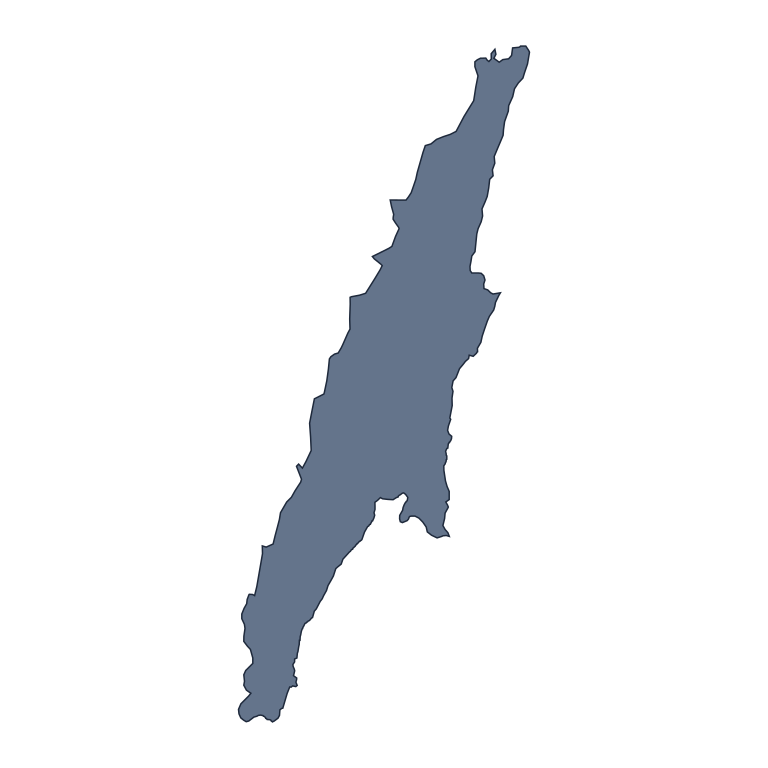 the district of Tamu, Sagaing, Myanmar
{"feature_id": "60261553B38505178364809", "entity_name": "Tamu", "entity_type": "district", "adm_level": 2, "iso_a3": "MMR", "parent_name": "Myanmar", "parent_adm1": "Sagaing", "projection": "orthographic", "projection_center": [94.38, 24.188], "detail": "fine", "context": "isolated", "style": "filled", "palette": "slate", "viewbox_px": 768, "rotation_deg": 0, "n_neighbors": 0, "source": "geoboundaries", "source_scale": "gbopen_adm2", "svg_char_len": 4840}
<svg xmlns="http://www.w3.org/2000/svg" viewBox="0 0 768 768"><path d="M240.8,717.9L243.7,720.2L246.2,721.7L248.8,721.0L253.9,717.1L257.0,716.2L258.3,715.4L260.6,715.1L263.1,715.6L263.4,716.2L264.2,716.4L265.4,717.5L265.7,718.4L266.5,718.6L267.1,719.5L269.9,719.7L271.0,720.3L271.3,721.1L272.1,721.4L272.4,721.9L274.1,721.1L278.0,718.2L279.5,715.4L279.9,709.9L281.7,708.4L282.8,708.2L286.1,697.0L287.2,693.3L289.7,687.0L291.2,687.1L292.6,685.9L295.8,686.6L297.2,685.4L295.9,682.2L296.6,679.6L296.7,678.0L293.5,675.7L293.9,674.1L294.7,670.8L294.3,669.2L293.1,666.3L292.9,664.5L294.6,661.9L294.6,659.0L296.9,658.0L297.4,653.0L297.9,651.8L298.7,646.8L299.2,644.5L299.4,640.3L300.0,640.3L300.2,636.6L300.7,634.9L301.3,631.6L302.1,629.0L302.6,628.7L302.9,627.3L303.4,626.7L305.0,623.4L306.4,622.8L306.7,622.2L307.5,621.9L308.1,621.1L309.5,620.5L311.7,617.9L312.5,617.6L314.3,611.2L316.3,608.9L320.2,601.4L322.2,598.8L323.6,595.7L326.5,590.5L328.0,585.6L331.0,580.4L333.4,576.0L334.3,573.2L335.8,568.6L337.6,567.0L341.2,564.1L342.9,559.2L349.5,551.9L350.4,551.3L351.5,549.6L352.6,549.3L352.8,548.4L355.3,546.1L355.6,545.3L356.7,544.4L357.0,543.6L357.5,543.6L359.2,541.6L360.0,541.3L360.3,540.7L361.1,540.4L361.9,539.6L364.5,532.1L367.6,526.6L368.7,526.0L369.5,524.6L370.4,524.3L370.6,523.7L371.7,521.7L372.0,520.9L372.6,520.9L373.9,518.0L374.7,515.2L374.0,512.8L375.0,509.4L375.0,505.9L374.9,502.3L377.5,500.4L380.4,497.6L382.6,498.8L387.9,499.4L393.1,499.7L396.2,497.7L398.2,496.9L398.2,496.3L399.3,495.2L400.1,494.9L402.3,493.2L403.7,492.9L405.6,494.4L407.8,497.4L407.2,500.7L406.1,501.5L405.8,502.4L405.3,502.7L404.2,504.7L403.1,507.5L402.6,510.3L401.5,512.2L399.7,515.4L399.6,518.9L400.3,521.7L402.4,522.6L405.8,521.2L407.2,520.6L408.6,518.9L409.1,517.2L409.9,516.4L411.3,516.1L415.0,516.1L418.9,518.1L422.8,522.1L426.2,527.0L427.3,531.9L431.5,535.2L437.1,537.9L441.8,536.4L442.9,535.8L446.3,535.5L449.3,536.4L447.9,532.7L445.1,529.5L442.9,525.5L444.6,518.6L445.1,513.1L448.1,507.6L448.3,507.0L447.5,505.0L445.8,502.0L449.2,499.6L449.2,491.4L447.1,486.5L445.5,481.0L443.9,470.3L443.8,465.8L445.2,463.8L445.5,462.4L446.0,461.9L446.3,459.6L446.8,459.3L446.8,455.9L446.2,455.1L446.2,454.0L445.6,451.2L446.9,448.4L447.8,448.1L448.3,443.8L448.8,443.3L449.1,442.4L449.6,442.4L449.9,441.6L450.7,440.7L451.5,438.7L451.7,436.3L449.0,434.0L447.6,430.4L448.4,426.0L450.7,419.3L449.8,418.0L452.2,405.6L452.0,398.1L453.0,391.3L451.8,387.6L453.1,380.9L456.0,377.6L457.7,373.3L459.5,368.7L463.5,363.9L465.4,361.4L468.6,358.6L469.2,355.2L473.2,356.3L476.5,353.2L476.8,352.3L477.6,351.8L477.4,348.3L480.9,342.3L482.2,336.2L484.5,329.2L487.4,320.9L489.4,316.3L493.7,310.0L494.8,306.3L495.5,302.4L498.8,295.5L500.4,292.8L496.8,293.4L493.0,294.0L490.7,292.8L487.7,289.9L484.0,288.6L483.7,284.0L485.0,280.0L483.7,275.7L481.2,273.3L478.3,273.0L471.8,273.0L470.2,270.6L470.0,266.4L471.0,261.2L471.8,256.0L475.0,251.7L476.8,233.9L478.1,228.7L481.2,221.7L482.6,216.0L482.0,208.9L484.9,202.3L487.2,196.5L488.7,188.1L489.7,179.3L493.1,175.8L492.4,169.8L494.8,163.2L494.2,156.5L498.0,147.4L501.2,139.9L503.1,135.3L503.5,129.7L504.6,121.6L508.3,111.2L508.7,105.6L512.7,96.7L514.5,88.8L518.3,83.0L522.9,78.1L524.5,72.8L527.5,64.0L529.5,52.2L528.7,50.5L525.8,46.1L520.5,46.1L519.7,47.0L518.8,47.3L512.6,47.9L511.6,55.4L508.6,58.8L502.8,59.6L499.2,62.2L493.9,58.3L495.9,54.3L494.9,49.3L491.2,53.7L491.3,59.0L488.9,61.5L487.2,60.2L485.8,58.1L482.8,58.2L480.5,58.2L477.3,59.8L474.9,61.8L474.9,66.7L478.0,75.9L475.8,87.1L473.7,100.7L464.1,116.3L456.1,131.4L450.2,134.4L443.5,136.6L436.5,139.4L431.0,143.9L425.3,145.6L423.0,152.4L417.3,172.4L415.8,179.4L413.3,186.7L411.2,192.7L408.4,197.0L406.0,200.1L401.2,200.1L393.9,200.0L390.2,200.0L391.6,206.8L393.7,214.4L393.2,217.2L393.1,219.2L395.4,222.8L398.6,227.3L399.1,228.6L395.5,236.5L391.9,246.4L388.9,248.3L377.9,253.8L372.4,256.5L374.3,258.9L381.0,264.3L382.2,265.6L380.2,269.7L374.9,278.5L365.6,293.3L359.5,295.2L351.5,296.7L350.1,297.3L350.2,304.2L349.7,319.0L350.0,329.1L347.9,333.0L342.7,344.8L341.2,347.9L338.2,353.0L334.5,354.1L330.9,356.7L329.4,358.9L328.4,369.1L326.8,380.8L324.4,392.2L323.9,394.0L314.4,398.8L312.2,409.8L309.6,423.2L310.6,437.2L311.2,450.5L306.0,461.5L302.4,468.1L298.6,464.1L296.5,466.3L301.5,479.2L300.7,482.1L295.1,490.7L291.4,497.3L286.7,502.0L280.5,512.7L279.4,519.5L277.5,526.8L275.2,535.4L273.1,544.0L266.2,547.1L262.3,545.9L262.5,553.7L260.7,564.1L256.8,586.6L254.6,595.6L252.6,594.5L249.3,594.3L248.9,594.8L247.4,598.9L247.2,599.2L246.7,603.7L244.1,608.3L241.8,614.0L241.8,618.7L244.4,624.3L245.0,628.4L243.9,636.1L243.8,641.4L247.6,646.4L250.4,649.4L252.8,658.0L252.8,663.4L245.7,670.5L243.8,674.8L244.5,681.3L243.8,685.2L246.4,690.1L248.6,691.7L250.9,693.2L248.6,696.1L245.2,699.5L240.9,703.8L238.5,709.4L239.0,713.9L240.8,717.9Z" fill="#64748b" stroke="#1e293b" stroke-width="1.5"/></svg>